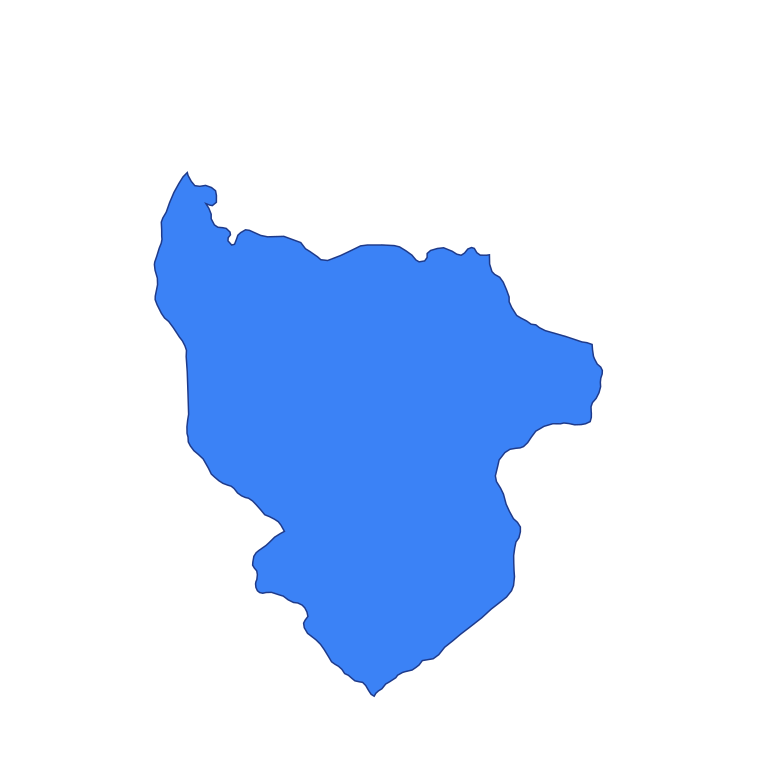 Ogoouè et Lacs, Moyen-Ogooué, Gabon (Mercator projection), rotated 244°
{"feature_id": "22940354B45576072672451", "entity_name": "Ogoouè et Lacs", "entity_type": "district", "adm_level": 2, "iso_a3": "GAB", "parent_name": "Gabon", "parent_adm1": "Moyen-Ogooué", "projection": "mercator", "projection_center": [10.178, -0.763], "detail": "fine", "context": "isolated", "style": "filled", "palette": "blue", "viewbox_px": 768, "rotation_deg": 244, "n_neighbors": 0, "source": "geoboundaries", "source_scale": "gbopen_adm2", "svg_char_len": 3627}
<svg xmlns="http://www.w3.org/2000/svg" viewBox="0 0 768 768"><g transform="rotate(244 384 384)"><path d="M196.1,205.8L193.4,206.0L188.2,208.6L183.7,210.8L177.9,212.8L171.8,213.8L163.6,214.6L157.3,215.1L153.6,217.1L150.2,219.4L145.9,221.1L141.0,221.7L137.8,224.3L133.3,226.2L130.0,227.7L127.2,231.2L125.2,234.0L121.0,235.4L115.3,235.8L110.7,236.4L107.7,238.3L109.6,241.1L110.6,244.5L111.0,248.5L113.6,254.0L113.9,258.4L114.8,265.8L116.3,268.6L116.6,274.3L116.2,276.8L114.6,283.9L115.2,288.2L116.1,292.4L118.6,297.2L116.1,305.7L115.5,307.8L116.7,314.5L120.8,323.1L123.3,334.3L125.5,342.9L127.8,354.2L131.0,369.2L134.7,381.7L136.8,391.7L138.8,400.7L142.3,408.0L146.1,412.1L153.6,416.8L159.1,419.0L166.1,422.1L172.9,425.3L179.6,429.8L184.1,433.3L186.6,437.8L191.4,441.8L195.7,443.9L201.2,443.3L206.2,441.3L214.4,440.9L222.5,441.1L232.7,443.1L239.3,443.1L247.0,442.3L252.6,443.8L260.8,450.6L265.3,454.2L269.4,462.6L270.1,468.6L268.4,474.4L266.9,478.4L266.6,482.0L268.3,487.4L271.6,493.0L275.1,499.8L275.8,509.3L274.3,518.3L270.9,525.1L270.1,528.6L267.3,533.0L263.8,537.4L261.1,543.4L259.9,547.8L259.8,552.8L263.1,555.7L266.9,557.6L268.3,558.1L272.8,560.1L275.9,563.2L278.1,568.4L281.9,573.4L286.6,577.5L290.7,579.2L294.2,581.4L297.4,584.5L300.5,586.2L304.2,586.2L308.4,584.4L314.0,584.2L317.0,584.4L323.3,586.4L328.3,588.4L332.2,584.5L335.0,580.4L346.6,568.6L361.3,552.3L366.6,548.3L370.6,546.4L373.3,542.4L378.1,539.8L383.4,535.9L387.4,533.3L396.7,532.3L403.0,532.5L407.4,534.6L414.9,535.4L423.3,535.8L429.2,534.8L434.0,531.5L437.7,530.3L445.5,531.5L453.9,535.4L454.8,532.6L457.6,527.0L461.3,525.0L466.3,524.6L468.3,522.5L468.6,518.5L466.4,513.8L465.9,509.8L468.8,506.3L473.4,503.5L480.3,497.3L482.4,491.4L483.6,484.4L482.4,480.0L478.8,478.2L476.8,474.5L478.4,469.1L481.4,467.1L487.6,465.6L494.1,462.1L500.4,458.1L503.9,453.9L509.7,443.4L516.2,430.0L518.4,423.5L518.4,410.2L518.5,401.2L519.7,387.5L523.4,381.7L527.5,380.0L535.7,375.4L540.0,372.7L547.6,371.2L560.6,358.7L563.0,353.4L564.5,350.1L567.3,343.9L571.6,338.3L576.4,334.3L581.1,330.4L583.3,327.1L582.9,321.6L581.8,317.9L578.8,314.9L575.1,310.9L575.7,308.0L581.1,306.5L583.8,308.1L585.4,311.4L588.1,312.2L593.0,310.4L595.3,307.4L597.7,303.4L601.4,301.3L608.3,301.1L612.4,303.1L618.7,303.6L624.2,303.0L621.1,305.9L619.6,307.9L620.8,313.0L626.8,316.0L631.5,317.3L636.2,315.1L640.7,310.7L642.4,305.1L645.2,300.9L650.6,299.6L657.3,299.3L660.3,299.9L658.3,294.2L654.1,287.5L648.3,279.2L641.0,270.8L633.9,263.6L630.2,258.0L627.1,254.8L620.1,251.8L614.3,249.0L611.4,247.9L608.2,245.5L604.6,241.5L598.4,235.7L594.1,231.4L592.0,230.0L586.6,228.1L578.5,226.7L572.5,224.0L563.2,216.9L560.1,215.3L554.7,214.8L545.0,214.9L539.5,215.7L534.6,217.9L527.0,219.3L515.9,220.7L511.1,221.7L505.5,221.8L500.8,221.2L495.3,218.2L481.2,212.5L462.8,204.3L442.4,195.1L437.6,191.7L431.9,188.1L425.9,185.3L422.2,184.6L417.7,182.7L413.2,182.8L407.4,183.9L402.2,186.2L396.0,188.6L385.4,189.3L378.8,189.3L374.4,191.0L369.4,193.2L365.3,195.7L361.5,199.3L359.2,201.8L355.9,203.4L350.3,204.6L346.0,206.9L342.8,209.6L340.8,212.1L336.5,214.6L331.6,216.2L325.1,218.0L318.8,219.5L314.9,223.0L310.6,226.2L306.6,228.6L302.4,229.5L295.2,229.9L295.0,225.3L294.3,218.6L291.8,211.2L290.6,207.2L289.3,198.9L288.5,195.3L286.2,191.5L281.5,188.1L278.8,186.5L275.3,186.8L271.8,187.7L268.1,186.6L264.0,184.0L262.3,182.1L260.6,180.9L257.3,179.7L253.7,179.6L251.1,180.8L249.1,183.3L248.3,186.6L246.1,191.5L240.4,197.4L237.5,200.5L232.1,203.2L227.3,206.9L225.0,210.5L221.2,213.5L217.5,214.7L212.8,214.8L208.4,213.7L206.4,209.7L204.3,206.9L199.9,205.5L196.1,205.8Z" fill="#3b82f6" stroke="#1e3a8a" stroke-width="1.5"/></g></svg>